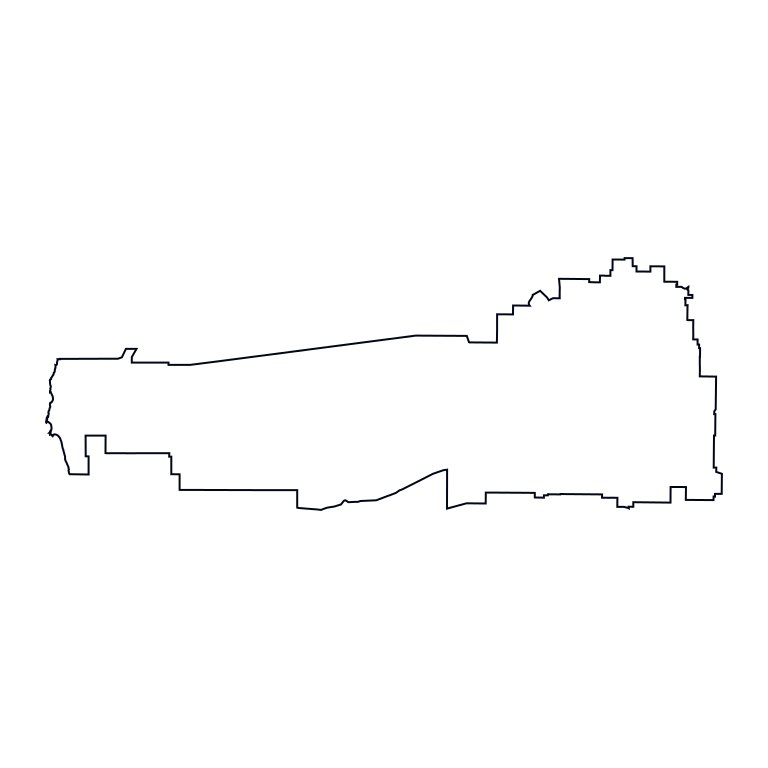 Coorow, Western Australia, Australia
{"feature_id": "25037944B10831634124389", "entity_name": "Coorow", "entity_type": "district", "adm_level": 2, "iso_a3": "AUS", "parent_name": "Australia", "parent_adm1": "Western Australia", "projection": "albers", "projection_center": [115.183, -29.979], "detail": "fine", "context": "isolated", "style": "outline", "palette": "ink", "viewbox_px": 768, "rotation_deg": 0, "n_neighbors": 0, "source": "geoboundaries", "source_scale": "gbopen_adm2", "svg_char_len": 5604}
<svg xmlns="http://www.w3.org/2000/svg" viewBox="0 0 768 768"><path d="M57.5,359.2L57.7,359.9L57.4,360.8L57.0,362.5L57.0,363.8L56.9,364.3L56.5,364.9L56.0,365.2L55.4,365.0L55.5,365.9L55.5,366.9L55.4,367.2L55.5,367.8L55.3,368.3L55.0,369.0L54.9,369.3L54.7,371.4L54.6,371.5L54.5,371.8L54.5,372.0L54.4,372.1L54.4,372.3L54.2,372.6L53.8,372.8L53.8,373.0L53.8,373.3L53.7,373.6L53.4,374.8L53.3,375.0L53.2,375.1L52.8,375.2L52.3,376.4L51.9,376.9L51.6,377.5L51.3,377.7L51.3,377.8L51.1,378.4L51.1,378.8L50.9,379.3L50.6,379.5L50.3,379.9L50.0,379.8L49.9,380.0L49.8,380.3L49.8,380.6L50.0,381.6L50.0,382.8L50.1,383.6L50.3,385.1L50.4,385.3L50.7,385.7L50.8,386.3L50.7,387.4L50.3,388.4L50.5,389.3L50.4,389.7L50.4,390.0L50.1,390.6L50.0,391.1L50.0,391.4L50.0,391.8L50.2,391.6L50.3,391.6L50.6,391.8L50.9,392.7L51.4,393.6L51.8,394.7L52.5,395.9L52.8,397.0L52.8,397.4L53.0,398.4L53.0,398.8L53.0,399.4L52.7,400.3L52.4,401.0L52.0,401.7L51.6,402.2L51.0,402.7L50.7,402.8L50.5,402.7L50.3,402.7L50.2,402.8L50.0,403.4L49.9,404.4L49.9,404.7L50.0,405.6L50.3,406.2L50.3,406.7L50.1,407.2L49.8,407.7L49.7,408.3L49.6,408.5L49.5,408.9L49.4,409.1L49.4,409.8L49.3,410.2L49.1,410.6L48.7,410.9L48.6,411.4L48.6,412.0L48.4,412.3L48.4,412.5L48.6,413.3L48.7,413.6L48.5,414.0L48.6,414.4L48.3,415.4L48.3,416.1L48.2,416.9L48.0,417.3L47.5,417.6L47.3,417.6L47.1,417.2L46.7,418.0L46.8,418.4L46.7,418.8L47.1,419.0L47.1,419.5L47.0,420.0L46.8,420.1L46.5,419.9L46.4,420.1L46.5,420.2L46.5,420.4L46.5,420.6L46.1,421.6L46.2,422.0L46.1,422.4L46.2,422.6L46.3,422.7L46.4,422.8L46.5,422.7L46.5,422.4L46.4,422.1L46.3,421.9L46.6,421.6L47.2,421.5L47.9,421.7L48.2,421.9L48.6,422.2L49.3,422.8L50.0,423.3L50.3,423.5L50.4,423.8L50.9,424.3L51.1,424.7L51.1,425.0L51.2,425.7L51.4,426.6L51.5,426.9L51.5,428.2L51.4,429.1L51.4,429.4L51.3,429.9L50.9,430.2L50.9,430.9L50.8,431.6L50.6,431.8L50.5,431.7L50.4,431.4L50.2,431.4L50.2,431.5L50.2,431.9L49.8,432.1L49.6,432.4L49.5,432.6L49.4,432.7L49.5,432.7L49.8,432.8L49.9,432.5L50.1,432.4L50.6,432.9L50.5,433.5L50.4,433.8L50.2,433.8L49.9,433.5L49.7,433.6L49.9,433.9L50.0,434.1L50.0,434.5L50.4,434.3L50.7,434.5L50.9,434.4L51.0,434.4L51.7,435.3L52.0,435.5L52.3,435.7L52.4,435.9L52.5,436.0L52.6,435.7L52.8,435.7L53.1,435.7L53.3,435.5L53.4,435.2L53.2,435.0L53.2,434.8L53.4,434.7L54.0,434.5L54.4,434.3L54.8,434.3L56.0,434.6L56.8,434.9L57.5,435.3L58.1,435.8L58.6,436.2L59.2,437.2L59.6,437.5L60.2,438.5L60.3,438.8L60.5,439.6L61.3,441.5L61.6,442.7L61.8,443.9L62.1,445.3L62.4,447.1L62.8,448.6L63.0,449.1L63.3,449.6L63.4,449.9L63.4,450.7L63.8,451.9L64.2,453.4L64.6,455.1L64.7,455.4L65.1,456.5L65.1,456.9L65.1,458.4L65.0,458.7L65.2,459.6L65.3,459.9L65.5,460.3L65.5,460.6L65.6,461.0L65.9,461.5L66.1,461.9L66.4,462.3L66.9,463.5L67.1,464.1L67.7,465.5L68.3,466.7L68.4,467.3L68.5,467.5L68.6,468.2L68.6,468.8L68.9,469.6L68.8,469.9L68.6,470.2L68.5,470.7L68.5,470.9L68.8,471.6L69.0,472.9L69.6,474.2L88.6,474.5L88.6,456.4L85.7,456.3L85.6,435.6L105.6,435.6L105.5,453.0L105.9,453.0L106.3,453.2L106.6,453.2L107.7,453.2L109.1,453.3L109.5,453.2L126.1,453.2L126.2,453.3L140.7,453.2L169.3,453.2L169.2,456.7L171.3,456.7L171.3,474.2L179.6,474.3L179.6,489.9L252.0,490.1L297.2,490.1L297.2,507.6L298.2,507.9L298.8,508.0L317.6,509.5L318.5,509.6L319.9,509.8L320.8,509.9L321.3,509.8L325.0,508.4L327.1,507.7L334.5,506.5L340.8,504.5L341.1,504.3L341.5,503.8L343.7,501.0L344.2,500.6L345.0,500.3L345.4,500.4L345.8,500.5L348.2,502.1L348.9,502.2L354.0,501.9L357.8,501.9L360.4,501.0L360.7,501.0L375.8,500.3L376.5,500.2L388.4,495.7L389.4,495.4L395.9,492.9L397.5,491.8L399.1,490.6L399.6,490.3L401.0,489.9L402.6,489.2L426.3,477.2L433.2,473.7L443.4,470.2L444.0,470.1L447.1,469.7L447.0,508.6L466.5,503.3L485.7,503.5L485.8,492.6L494.0,492.6L526.8,492.8L534.8,492.9L534.8,497.5L541.0,497.6L543.9,497.7L543.9,495.5L543.9,495.3L547.8,495.3L547.8,494.4L548.1,494.1L548.4,494.3L548.6,494.3L560.4,494.4L560.5,494.0L566.1,494.1L602.1,494.4L602.0,497.7L609.9,497.8L610.0,497.7L617.4,497.8L617.3,506.9L624.0,506.9L628.1,507.9L628.8,508.3L628.7,506.7L633.3,506.8L633.3,502.2L670.5,502.6L670.6,487.0L681.1,487.0L686.0,487.1L685.8,499.9L713.5,500.1L713.6,496.5L715.0,496.6L715.0,493.9L721.7,493.9L721.9,473.8L716.2,471.9L716.3,467.6L713.7,467.6L714.0,435.5L715.2,435.5L715.4,414.1L714.2,414.1L714.3,411.3L715.7,409.3L716.1,376.6L699.8,376.4L699.9,368.2L699.8,364.4L699.8,356.6L700.0,356.6L700.1,348.2L699.1,348.2L699.1,344.5L697.6,344.5L697.6,339.5L693.2,339.4L693.3,335.3L693.2,326.3L693.3,320.1L687.7,320.1L687.3,320.0L687.5,307.1L687.6,305.2L685.4,305.3L685.5,299.3L685.0,299.3L685.0,297.9L692.4,297.9L692.4,295.0L688.3,294.9L688.4,290.3L687.5,289.8L687.4,288.8L688.4,287.8L688.4,286.9L685.9,288.7L684.5,288.6L682.8,287.8L681.7,286.9L676.3,286.9L676.3,284.6L677.2,284.6L677.2,281.8L664.3,281.7L664.3,266.4L650.4,266.3L650.4,271.6L636.5,271.5L636.5,266.2L632.7,266.2L632.6,258.1L624.6,258.1L624.5,258.9L624.5,259.6L612.6,259.5L612.5,270.1L610.4,270.1L610.4,275.8L604.8,275.8L604.3,275.6L600.0,275.6L599.9,282.3L595.0,282.3L589.2,282.1L589.2,279.1L559.0,278.8L559.0,279.4L559.1,279.7L559.8,287.6L559.7,290.5L559.7,297.0L559.6,296.9L559.6,298.3L553.0,298.2L548.8,300.3L547.9,298.8L546.9,297.3L540.1,290.8L533.4,294.6L532.7,294.9L532.7,295.6L532.5,296.1L532.3,296.7L531.9,297.5L529.2,301.6L528.9,302.1L528.8,302.7L528.8,303.5L528.9,304.2L529.1,304.9L529.7,305.7L523.4,305.6L513.1,305.5L513.0,314.4L497.1,314.3L497.1,329.7L496.9,342.6L469.4,342.4L469.0,342.2L466.8,335.9L415.7,335.6L307.4,349.7L218.4,361.3L190.0,364.9L168.5,364.9L168.5,362.6L131.8,362.6L131.8,357.1L136.5,348.9L125.9,348.9L121.9,357.3L118.0,358.7L59.7,358.9L59.8,359.2L57.5,359.2Z" fill="none" stroke="#020617" stroke-width="2"/></svg>